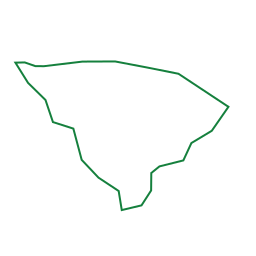 outline of Ribeira Grande de Santiago, rotated 172°
{"feature_id": "CPV-5052", "entity_name": "Ribeira Grande de Santiago", "entity_type": "state/province", "adm_level": 1, "iso_a3": "CPV", "parent_name": "Cabo Verde", "parent_adm1": "", "projection": "albers", "projection_center": [-23.611, 14.974], "detail": "fine", "context": "isolated", "style": "outline", "palette": "green", "viewbox_px": 256, "rotation_deg": 172, "n_neighbors": 0, "source": "natural_earth", "source_scale": "10m", "svg_char_len": 453}
<svg xmlns="http://www.w3.org/2000/svg" viewBox="0 0 256 256"><g transform="rotate(172 128 128)"><path d="M230.4,208.4L221.1,207.3L211.2,202.2L202.6,200.9L163.8,200.1L131.5,195.7L101.7,185.6L70.5,174.7L25.6,135.0L45.4,113.6L67.3,104.3L77.7,88.2L102.2,85.6L111.2,80.2L113.8,62.9L125.4,49.5L145.6,47.6L146.0,66.9L164.1,82.9L178.3,102.9L182.2,135.0L201.5,144.3L205.8,167.2L220.7,186.6L230.4,208.4Z" fill="none" stroke="#15803d" stroke-width="2"/></g></svg>